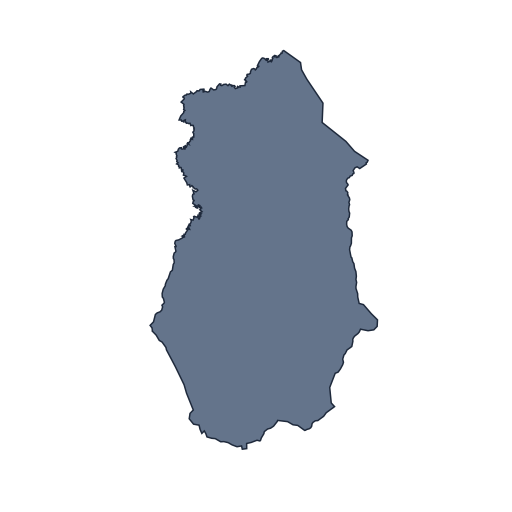 Ga South Municipal, Greater Accra, Ghana, rotated 236°
{"feature_id": "2480657B41485746076017", "entity_name": "Ga South Municipal", "entity_type": "district", "adm_level": 2, "iso_a3": "GHA", "parent_name": "Ghana", "parent_adm1": "Greater Accra", "projection": "orthographic", "projection_center": [-0.406, 5.677], "detail": "fine", "context": "isolated", "style": "filled", "palette": "slate", "viewbox_px": 512, "rotation_deg": 236, "n_neighbors": 0, "source": "geoboundaries", "source_scale": "gbopen_adm2", "svg_char_len": 6155}
<svg xmlns="http://www.w3.org/2000/svg" viewBox="0 0 512 512"><g transform="rotate(236 256 256)"><path d="M272.7,402.4L287.7,396.2L300.8,394.6L329.7,385.5L345.3,397.0L374.2,397.0L384.9,397.9L391.5,401.1L410.8,393.9L411.0,392.4L409.6,390.9L410.2,390.2L409.8,389.8L409.3,387.3L408.5,386.3L409.4,386.2L408.7,384.7L409.0,384.1L409.6,383.9L410.6,384.6L411.8,383.7L411.9,383.3L410.9,382.7L411.8,381.9L411.6,380.9L411.3,380.4L410.2,380.3L410.0,379.4L409.2,378.9L408.4,377.4L408.9,377.1L409.8,378.0L410.3,377.6L409.8,375.8L410.1,374.4L411.1,375.0L411.9,374.8L412.2,376.4L412.7,376.5L413.7,375.1L413.5,374.5L412.2,374.5L412.4,373.9L414.7,373.6L415.8,372.9L416.6,372.0L416.6,371.1L415.3,367.6L413.0,363.6L412.6,363.4L411.7,364.4L411.5,364.2L411.6,361.9L410.8,360.6L410.7,359.5L411.6,359.6L412.7,358.9L413.3,356.7L411.8,354.4L410.6,353.5L410.6,352.1L411.5,350.3L411.1,349.5L409.7,349.5L409.4,346.9L408.4,346.0L408.7,345.4L408.5,345.1L406.9,345.7L405.6,345.8L405.4,345.3L406.0,344.5L403.5,342.1L406.0,337.9L404.9,337.4L405.9,336.1L406.9,335.6L406.6,335.1L405.7,335.3L405.6,335.0L406.3,332.5L408.0,332.4L408.3,333.5L409.3,333.4L410.1,332.2L410.1,330.9L410.7,330.8L410.9,331.6L411.2,331.5L412.3,330.4L413.4,330.0L412.9,328.0L415.2,327.3L416.4,324.9L416.2,323.6L416.6,322.6L417.3,322.1L418.2,323.0L419.1,322.0L418.1,318.3L416.6,316.7L416.5,315.7L417.3,313.8L420.4,312.6L419.9,311.1L418.5,309.2L418.9,307.5L420.8,306.1L421.5,304.0L423.0,304.7L422.5,305.3L422.6,305.8L423.5,306.1L425.3,302.9L424.7,301.1L426.0,299.5L425.6,298.8L425.4,294.7L428.5,293.7L427.6,293.3L427.5,292.2L427.9,290.4L428.9,289.3L428.4,288.4L429.0,287.2L428.9,284.5L428.3,284.2L428.0,284.6L426.9,284.8L426.3,284.2L425.5,280.0L422.0,281.1L421.2,280.1L420.4,280.0L420.0,279.4L419.1,279.4L417.9,277.9L416.5,278.5L416.2,276.9L415.3,276.3L414.2,272.0L411.8,268.3L410.5,270.1L409.4,269.7L408.9,270.6L407.9,270.9L408.7,272.1L408.4,273.6L406.6,272.1L406.0,272.8L405.0,272.5L404.4,273.7L403.4,274.2L402.9,275.5L400.6,274.9L400.3,275.9L399.3,277.0L398.1,276.4L396.9,276.4L396.2,275.5L395.8,275.8L394.3,274.3L394.1,273.2L393.6,272.7L392.4,272.9L389.4,270.9L390.1,269.9L388.4,268.7L390.1,268.2L390.0,267.8L388.9,267.7L389.2,266.7L388.1,266.1L388.1,265.2L387.4,264.2L388.0,262.9L386.3,262.8L387.4,262.2L387.5,261.6L386.5,261.1L385.2,259.1L385.2,258.7L385.7,258.7L386.9,259.1L387.0,257.0L386.4,256.7L385.2,257.7L384.4,256.9L385.6,255.6L385.9,254.4L386.9,254.0L387.5,254.7L388.4,253.0L388.0,251.4L386.6,249.7L387.2,246.9L385.9,247.5L384.8,246.7L383.2,246.4L382.9,245.7L382.1,245.4L381.6,244.3L379.3,244.0L378.6,243.1L376.9,243.5L376.7,241.7L375.4,242.5L374.2,242.6L373.7,242.0L372.6,242.1L371.9,241.7L371.6,243.1L371.2,243.4L368.1,241.9L368.5,243.2L368.3,243.5L366.9,242.4L365.2,242.6L363.6,241.0L362.3,242.2L360.9,242.9L360.9,239.8L355.6,239.6L353.3,238.8L352.3,240.9L351.2,240.2L350.1,240.0L350.2,242.2L348.5,242.6L347.7,242.0L347.1,242.7L345.5,243.0L344.9,244.3L343.4,244.6L343.0,244.5L342.8,242.1L345.8,240.4L342.2,239.4L342.5,238.6L342.2,237.8L341.2,236.7L338.0,235.3L336.7,235.8L336.4,235.5L336.5,234.7L335.0,233.0L331.6,234.3L331.7,232.9L331.0,233.7L330.2,233.1L328.8,233.9L328.4,234.4L328.9,234.7L329.8,234.1L330.3,234.4L330.2,235.9L330.6,236.8L329.2,237.7L328.8,237.2L329.5,236.8L329.0,236.2L327.6,236.4L327.4,237.8L326.3,237.8L326.6,236.8L325.9,236.5L325.8,235.3L322.9,236.0L323.3,233.5L322.4,233.5L321.6,234.2L321.5,233.8L321.6,233.2L322.6,232.4L321.9,231.8L320.0,232.6L320.1,231.3L319.3,231.0L318.5,229.8L318.5,229.4L320.3,229.4L320.9,230.3L321.9,230.4L321.3,229.6L321.4,228.6L323.5,227.0L323.5,226.3L322.4,226.0L320.9,223.8L322.7,222.3L321.5,222.0L320.6,221.3L319.9,220.4L319.5,218.9L317.9,218.5L318.2,217.8L319.4,217.9L317.9,215.3L317.7,215.1L317.2,216.2L315.3,215.9L317.5,213.9L317.5,213.5L317.2,213.3L315.9,214.2L314.5,210.5L313.6,209.6L314.2,208.5L312.7,207.8L313.7,207.4L313.8,205.9L312.8,206.5L312.0,206.5L312.5,205.6L312.1,205.2L312.6,200.9L313.6,198.4L313.4,197.3L311.9,195.7L308.9,195.2L308.5,194.9L309.1,194.0L304.8,192.3L304.3,191.5L304.2,189.8L301.8,187.1L300.2,186.1L298.8,186.0L296.1,184.4L295.3,182.7L290.9,178.6L290.7,176.2L286.3,170.5L285.7,168.6L283.3,165.1L282.1,164.2L280.4,160.6L277.4,157.2L274.4,155.4L272.6,155.5L268.9,154.2L268.3,153.3L267.8,150.5L266.0,150.1L263.8,147.5L263.4,145.1L264.1,142.3L263.8,139.9L258.7,134.2L257.7,129.4L254.6,129.6L252.2,128.5L251.9,128.0L246.2,129.0L240.1,128.6L237.2,130.0L230.5,130.2L228.3,129.3L209.0,127.2L189.5,124.4L181.1,121.7L163.4,117.9L162.4,113.3L158.4,109.6L151.5,110.2L147.6,114.2L143.6,112.7L139.2,111.9L139.9,115.3L136.9,115.1L133.4,114.2L129.6,117.4L127.4,120.1L121.7,122.9L120.1,125.6L116.8,128.6L112.9,130.5L108.5,133.6L106.6,137.8L103.5,136.6L101.5,140.6L105.8,143.4L104.1,147.8L102.7,153.8L100.5,155.8L100.6,156.6L102.2,158.7L104.3,163.2L105.5,164.3L105.8,165.1L106.1,168.8L105.1,171.8L105.1,175.4L106.9,181.0L107.6,182.0L101.0,189.6L95.4,192.3L92.2,195.9L84.2,198.8L83.9,199.5L83.8,201.1L83.0,203.6L83.0,205.3L83.7,206.9L85.7,208.8L86.2,210.3L86.2,213.1L85.0,215.2L85.3,222.5L86.8,226.6L87.2,236.9L92.1,236.2L105.8,243.6L114.5,256.1L113.8,259.1L115.2,262.9L117.4,267.1L119.0,269.1L122.0,270.2L124.8,273.6L125.2,275.4L127.2,278.9L127.4,284.8L131.1,288.6L132.8,289.6L133.7,291.0L134.4,292.9L134.7,297.1L135.3,299.2L136.9,301.7L131.4,307.1L128.9,312.4L129.9,317.1L135.1,321.0L143.8,319.3L155.6,317.9L159.0,315.0L165.1,317.4L167.9,319.2L173.1,320.7L174.7,321.7L177.9,324.7L180.6,325.7L183.1,327.9L187.2,330.1L190.8,330.9L194.9,332.9L197.2,333.0L200.9,334.4L202.0,334.2L208.9,337.1L211.1,339.0L211.5,340.0L213.2,342.2L217.7,345.3L218.9,347.0L222.3,349.1L224.2,349.3L227.6,348.0L229.5,348.0L231.5,348.8L234.0,350.6L234.5,352.9L235.4,353.3L236.2,355.1L239.2,357.6L241.0,358.0L243.3,359.2L245.7,361.4L246.1,362.2L248.6,363.1L250.2,365.2L251.9,365.9L254.8,366.0L255.0,366.4L255.6,366.1L257.3,367.6L259.1,367.5L259.8,367.0L262.0,368.0L263.4,372.1L264.2,372.3L266.2,372.1L267.7,372.8L268.6,373.9L269.2,375.8L268.8,377.2L269.6,378.8L269.0,380.8L269.9,382.1L269.7,383.3L270.5,383.9L272.5,384.3L273.8,387.4L273.4,389.7L270.5,390.9L270.5,398.9L271.6,399.3L271.6,400.7L272.7,402.4Z" fill="#64748b" stroke="#1e293b" stroke-width="1.5"/></g></svg>